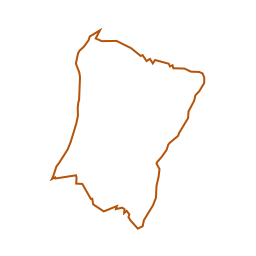 Georgetown, South Carolina, United States of America (Natural Earth projection), rotated 171°
{"feature_id": "52423323B59284003127327", "entity_name": "Georgetown", "entity_type": "district", "adm_level": 2, "iso_a3": "USA", "parent_name": "United States of America", "parent_adm1": "South Carolina", "projection": "natural_earth1", "projection_center": [-79.335, 33.445], "detail": "fine", "context": "isolated", "style": "outline", "palette": "amber", "viewbox_px": 256, "rotation_deg": 171, "n_neighbors": 0, "source": "geoboundaries", "source_scale": "gbopen_adm2", "svg_char_len": 1081}
<svg xmlns="http://www.w3.org/2000/svg" viewBox="0 0 256 256"><g transform="rotate(171 128 128)"><path d="M140.4,228.9L151.4,224.4L153.3,220.7L158.9,215.2L163.7,212.0L165.6,209.7L169.4,199.8L167.4,190.3L167.5,185.5L171.9,163.4L172.8,161.8L174.4,156.3L175.5,148.1L178.4,140.4L186.8,123.2L190.9,116.3L201.5,104.3L204.6,101.4L209.8,91.4L211.2,89.5L207.7,90.6L207.6,89.5L186.8,89.4L186.6,86.8L187.9,81.2L181.9,79.9L175.8,63.8L174.4,63.8L174.3,58.0L165.0,49.4L151.2,52.6L152.6,49.8L146.2,50.2L144.2,48.5L145.1,44.6L142.3,46.4L140.2,42.5L141.5,39.9L139.9,36.1L134.0,27.1L128.9,28.7L126.7,34.5L115.5,47.6L111.4,54.5L108.8,66.7L105.5,74.8L103.3,82.5L105.4,88.3L104.9,89.5L99.6,93.9L93.3,100.3L90.9,105.2L89.3,106.7L79.8,112.4L78.2,115.2L67.1,128.4L65.6,135.0L58.5,144.4L56.2,149.9L51.8,153.2L45.7,160.6L44.8,165.7L45.8,170.2L48.9,172.2L57.0,173.8L63.0,177.9L73.9,179.9L74.2,183.0L76.9,182.2L77.7,185.1L90.6,190.9L93.4,187.9L95.5,192.8L99.2,191.2L102.2,197.7L104.2,197.2L112.4,206.3L125.7,215.8L140.3,217.9L145.9,221.5L140.4,228.9Z" fill="none" stroke="#b45309" stroke-width="2"/></g></svg>